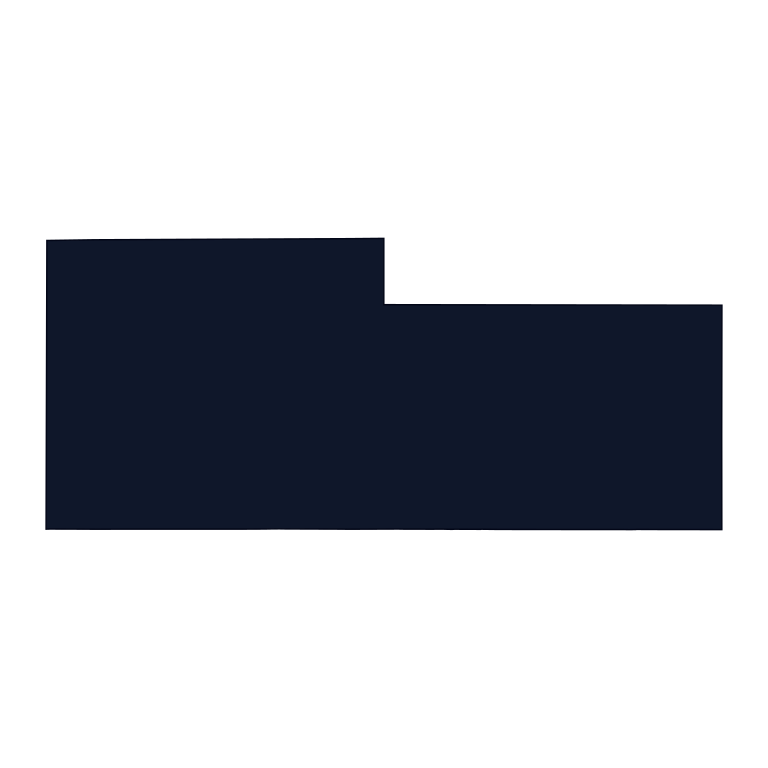 Adams, North Dakota, United States of America
{"feature_id": "52423323B23495952860942", "entity_name": "Adams", "entity_type": "district", "adm_level": 2, "iso_a3": "USA", "parent_name": "United States of America", "parent_adm1": "North Dakota", "projection": "natural_earth1", "projection_center": [-102.421, 46.114], "detail": "fine", "context": "isolated", "style": "filled", "palette": "ink", "viewbox_px": 768, "rotation_deg": 0, "n_neighbors": 0, "source": "geoboundaries", "source_scale": "gbopen_adm2", "svg_char_len": 748}
<svg xmlns="http://www.w3.org/2000/svg" viewBox="0 0 768 768"><path d="M94.9,239.8L46.9,240.5L46.1,529.1L46.3,529.1L50.0,529.0L82.4,529.1L97.0,529.2L124.3,529.1L243.2,529.1L264.0,529.0L265.1,529.0L269.0,528.9L279.3,528.8L285.4,528.9L342.3,529.1L347.5,529.2L398.3,529.0L404.0,529.1L409.4,529.1L418.3,529.1L432.6,529.2L436.1,529.1L442.8,529.1L445.6,529.2L450.8,529.3L452.3,529.3L454.7,529.2L480.8,529.3L481.4,529.2L498.4,529.4L573.2,529.5L600.9,529.5L601.1,529.5L612.8,529.5L613.8,529.5L614.9,529.5L622.4,529.5L629.2,529.6L635.9,529.5L636.4,529.4L661.5,529.5L663.2,529.5L679.6,529.5L720.4,529.6L720.6,529.6L721.8,529.6L721.7,435.9L721.9,305.2L383.8,304.7L383.8,238.4L349.5,238.7L94.9,239.8Z" fill="#0f172a" stroke="#020617" stroke-width="1.5"/></svg>